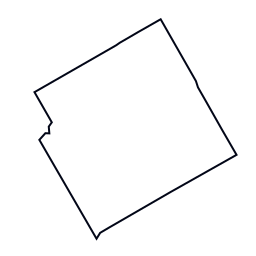 Cleburne, Arkansas, United States of America, rotated 149°
{"feature_id": "52423323B35410834026832", "entity_name": "Cleburne", "entity_type": "district", "adm_level": 2, "iso_a3": "USA", "parent_name": "United States of America", "parent_adm1": "Arkansas", "projection": "albers", "projection_center": [-92.012, 35.535], "detail": "fine", "context": "isolated", "style": "outline", "palette": "ink", "viewbox_px": 256, "rotation_deg": 149, "n_neighbors": 0, "source": "geoboundaries", "source_scale": "gbopen_adm2", "svg_char_len": 402}
<svg xmlns="http://www.w3.org/2000/svg" viewBox="0 0 256 256"><g transform="rotate(149 128 128)"><path d="M95.4,205.0L189.7,206.9L190.4,172.1L195.2,170.0L198.2,163.9L201.5,166.1L210.1,163.5L210.7,128.5L212.0,49.3L205.8,52.5L194.8,52.4L124.3,51.2L48.8,49.1L48.3,78.3L47.4,112.6L47.1,126.8L45.6,133.2L44.0,204.4L69.7,205.0L91.2,205.3L95.4,205.0Z" fill="none" stroke="#020617" stroke-width="2"/></g></svg>